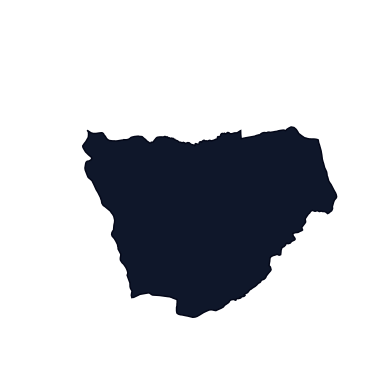 Cerinza, Boyacá, Colombia, rotated 309°
{"feature_id": "7082276B99434629826727", "entity_name": "Cerinza", "entity_type": "district", "adm_level": 2, "iso_a3": "COL", "parent_name": "Colombia", "parent_adm1": "Boyacá", "projection": "albers", "projection_center": [-72.96, 5.971], "detail": "fine", "context": "isolated", "style": "filled", "palette": "ink", "viewbox_px": 384, "rotation_deg": 309, "n_neighbors": 0, "source": "geoboundaries", "source_scale": "gbopen_adm2", "svg_char_len": 6074}
<svg xmlns="http://www.w3.org/2000/svg" viewBox="0 0 384 384"><g transform="rotate(309 192 192)"><path d="M282.5,301.7L285.3,295.3L285.9,293.2L286.6,291.3L289.0,288.0L289.7,286.7L290.8,285.7L292.3,284.0L292.9,282.8L294.4,279.7L297.0,276.2L298.1,274.5L299.6,272.5L302.5,269.5L305.3,266.3L308.7,261.5L310.1,259.3L311.8,257.4L311.9,257.0L311.0,255.1L309.9,253.4L308.3,251.4L307.1,249.8L305.9,247.5L305.6,246.5L305.1,245.7L304.9,244.8L304.8,242.8L304.7,242.3L304.6,238.1L305.4,236.2L306.2,233.6L306.3,230.8L306.0,230.1L304.9,228.1L302.8,227.1L301.0,226.5L300.4,226.3L299.2,226.3L298.6,226.1L298.3,225.6L298.1,224.8L297.6,224.0L295.4,221.9L293.7,220.5L292.7,219.9L290.9,218.2L290.1,217.6L287.8,215.5L287.4,215.0L287.2,214.5L286.3,213.4L284.8,212.5L283.9,211.0L283.0,210.1L281.9,209.4L280.1,208.8L279.0,208.8L278.5,208.0L276.3,206.4L274.9,205.7L268.0,199.7L264.3,196.7L267.6,193.5L270.3,191.2L269.9,191.0L266.8,190.0L266.1,189.5L265.5,189.0L265.2,188.4L264.7,187.9L263.9,187.3L262.9,186.7L262.0,185.9L261.4,185.1L261.2,184.4L261.3,183.6L261.0,182.7L260.7,182.3L258.5,181.6L258.1,181.3L258.1,180.3L257.7,180.1L257.0,179.5L256.6,178.7L256.0,178.3L255.0,178.2L254.4,178.4L253.7,178.8L252.9,178.9L251.7,177.8L251.3,177.3L250.8,177.3L249.4,178.0L248.8,178.1L247.8,177.2L247.0,176.9L245.6,176.1L244.0,174.9L243.7,174.4L243.5,173.6L243.2,173.1L241.4,172.0L241.0,171.8L240.9,171.1L240.6,170.8L239.9,170.0L239.9,169.3L239.8,168.8L239.4,168.5L238.3,168.1L237.8,168.0L236.6,168.1L236.6,167.3L236.2,166.8L235.9,166.6L235.1,166.5L233.9,167.2L233.4,167.1L232.8,166.5L232.0,164.6L231.8,164.3L231.1,164.3L230.1,165.0L229.7,165.0L229.4,163.4L228.5,161.5L228.4,159.9L228.5,159.0L227.8,157.7L227.0,157.2L226.6,157.0L226.0,156.5L225.5,156.4L225.2,156.0L225.5,155.3L225.3,154.6L225.1,154.0L224.0,153.4L223.7,152.8L223.6,152.1L222.8,150.8L222.6,150.2L222.7,149.7L222.6,148.4L222.4,147.8L221.8,146.2L222.1,145.4L221.8,145.0L221.6,144.4L221.8,143.7L221.1,143.0L221.2,142.5L220.8,142.0L220.0,141.4L219.9,141.1L219.9,140.4L219.1,139.5L219.3,138.9L219.3,138.2L218.9,137.6L218.1,136.9L218.3,136.4L218.0,135.9L216.5,135.0L216.0,134.2L214.6,132.4L213.0,130.9L212.4,130.5L210.9,130.2L209.3,130.3L208.8,130.2L207.8,130.3L207.1,130.3L206.5,130.5L206.0,130.3L205.5,129.5L204.9,129.0L204.1,129.1L203.6,128.7L203.4,128.0L203.4,126.8L203.2,124.2L203.5,123.3L203.6,122.6L203.4,122.0L203.6,118.5L203.3,117.9L202.9,117.2L202.2,116.5L201.9,115.6L201.0,114.5L199.0,112.5L197.1,111.0L196.0,110.3L194.8,110.1L193.7,109.8L192.6,109.2L191.4,108.2L190.2,106.8L189.8,106.1L189.0,105.7L188.2,104.9L184.5,101.6L183.5,100.5L182.7,99.3L181.9,98.4L180.1,95.5L179.8,94.6L179.7,92.9L179.9,91.6L180.7,89.6L180.9,88.0L181.5,86.7L181.6,85.7L181.5,85.1L181.2,84.5L179.4,82.7L177.3,80.8L176.0,79.3L175.3,78.4L174.4,76.2L174.0,71.7L173.5,73.7L171.5,75.5L169.2,77.0L164.4,77.8L161.9,77.8L159.0,78.1L158.0,79.3L157.4,80.8L156.2,84.0L155.8,88.0L155.7,92.1L154.9,93.1L153.0,93.2L151.1,92.3L149.9,91.2L148.6,91.0L147.5,91.3L143.3,93.7L141.9,95.2L139.2,99.9L138.2,101.7L138.0,102.7L137.9,107.1L136.2,110.8L133.5,116.2L132.5,119.1L130.6,123.3L130.2,124.2L129.2,125.6L128.7,126.6L126.6,129.0L125.7,131.5L125.9,133.8L125.8,140.6L125.2,142.3L124.8,144.3L123.9,146.5L121.5,149.6L119.7,150.9L117.3,152.1L113.0,155.0L111.6,155.0L109.9,155.4L108.4,156.3L107.5,157.7L106.9,161.1L105.8,164.0L104.9,165.9L104.3,167.2L103.0,168.6L101.9,170.1L101.3,170.3L98.9,175.8L97.7,176.7L96.0,177.6L94.9,178.4L94.1,179.2L93.6,180.4L93.0,182.4L92.9,184.3L91.8,188.0L91.0,189.7L90.1,191.3L89.1,192.7L88.1,193.4L86.5,194.0L85.2,196.1L82.3,201.0L79.4,203.5L78.4,204.9L77.3,207.7L74.4,209.3L73.5,209.9L72.1,211.7L72.5,212.0L73.0,212.6L73.7,213.1L78.5,215.4L78.9,215.5L79.9,216.1L85.5,221.0L86.2,221.7L86.6,222.2L86.8,223.1L86.8,224.1L87.0,225.9L87.5,226.7L91.2,231.9L95.8,239.5L96.4,240.3L96.9,241.6L97.3,242.6L97.5,243.6L99.0,248.1L97.0,249.9L95.7,250.7L94.3,251.8L92.5,252.7L89.9,254.8L88.9,255.9L88.4,256.7L88.5,257.9L88.7,258.8L89.5,260.5L90.3,261.7L91.5,264.1L92.9,266.7L93.6,268.2L95.1,271.4L96.8,273.1L98.5,274.2L101.3,275.3L105.6,276.8L107.9,277.9L111.0,279.5L112.2,280.6L113.0,281.6L114.6,284.8L115.2,285.4L116.4,285.9L120.1,287.8L122.4,288.7L124.4,288.6L128.7,289.9L129.4,290.0L130.2,290.0L131.1,289.7L132.2,290.0L133.0,290.4L133.6,290.9L134.9,292.2L135.1,293.2L135.1,293.6L135.5,294.1L135.8,294.1L136.2,293.9L136.7,293.8L137.1,293.9L137.5,294.1L138.4,295.2L140.2,296.5L140.4,296.5L140.6,295.8L141.4,296.5L141.7,296.4L142.8,297.4L143.6,298.0L144.2,298.2L144.9,298.3L145.1,297.1L147.4,297.8L148.3,298.3L149.1,298.5L152.3,298.4L153.6,299.0L155.4,299.4L158.3,300.4L159.2,300.6L159.8,300.6L160.2,300.8L161.2,300.8L161.7,300.9L162.3,300.9L162.9,301.0L164.4,301.7L165.1,301.8L166.8,301.5L167.4,301.6L169.4,302.8L171.0,303.1L171.9,303.1L173.5,302.6L177.0,302.5L180.2,302.6L180.7,302.5L181.4,302.3L182.9,300.3L183.1,299.7L183.3,298.2L184.2,297.6L187.4,295.8L188.0,295.3L189.1,294.6L189.8,294.2L190.4,294.1L191.1,294.1L191.8,294.2L193.6,295.0L195.4,296.3L196.5,296.9L197.2,297.6L197.4,298.0L197.6,299.1L197.8,299.4L198.1,299.8L199.1,300.3L199.6,300.0L201.5,298.8L202.4,298.1L203.7,297.5L205.3,297.0L205.7,297.0L207.4,297.8L208.0,297.9L209.7,298.0L210.8,297.7L211.2,297.7L211.9,298.0L212.1,298.3L212.1,298.9L212.4,299.2L212.8,299.6L214.0,300.4L215.0,300.5L216.0,300.4L217.2,300.9L219.0,301.8L219.5,301.9L220.0,301.9L220.6,301.4L221.2,300.0L221.3,298.8L221.6,298.2L223.2,296.4L225.6,298.0L226.6,299.1L227.5,299.9L229.3,300.6L231.1,301.6L232.0,301.8L232.4,301.4L233.2,299.8L233.9,299.6L235.1,299.5L238.9,299.4L240.1,299.2L240.7,298.7L242.1,297.1L242.3,297.0L243.3,296.7L248.0,296.3L249.8,296.6L251.5,296.4L252.2,296.6L252.9,296.8L253.5,297.3L253.7,297.7L254.2,299.2L254.5,299.8L255.0,300.2L255.8,300.7L256.4,301.2L256.8,302.4L256.9,303.1L257.2,303.5L258.3,304.2L258.6,304.6L259.0,305.7L260.4,307.6L260.6,308.5L260.6,311.0L262.4,311.7L262.9,311.6L263.6,311.9L264.8,312.2L265.5,312.3L267.3,311.8L267.9,311.4L268.7,310.5L269.1,310.2L273.3,308.4L275.2,307.8L278.4,307.8L279.5,307.2L280.7,305.7L281.6,304.1L282.5,301.7Z" fill="#0f172a" stroke="#020617" stroke-width="1.5"/></g></svg>